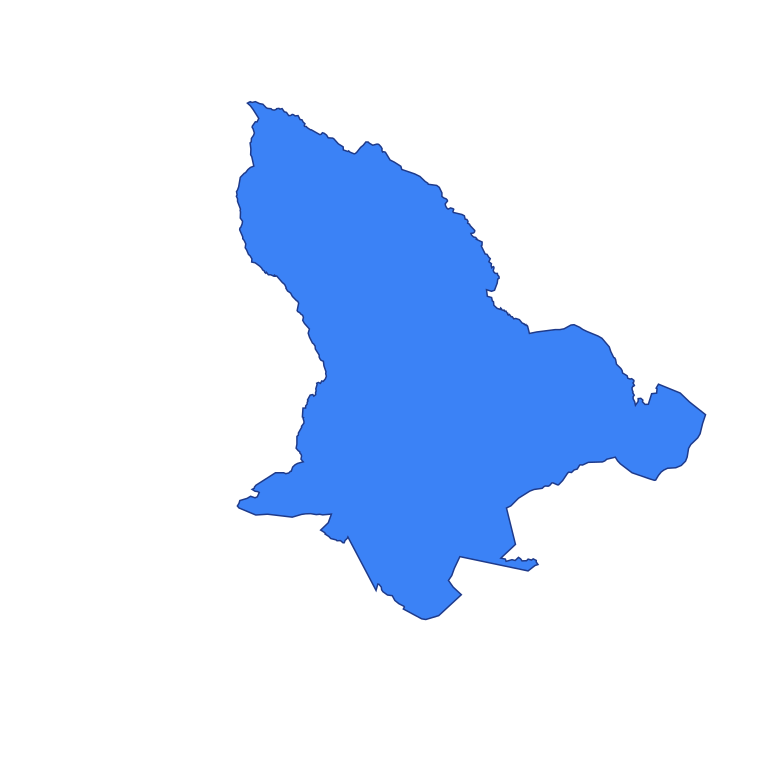 San Gabriel Chilac, Puebla, Mexico (Natural Earth projection), rotated 129°
{"feature_id": "50627088B95870505229303", "entity_name": "San Gabriel Chilac", "entity_type": "district", "adm_level": 2, "iso_a3": "MEX", "parent_name": "Mexico", "parent_adm1": "Puebla", "projection": "natural_earth1", "projection_center": [-97.386, 18.312], "detail": "fine", "context": "isolated", "style": "filled", "palette": "blue", "viewbox_px": 768, "rotation_deg": 129, "n_neighbors": 0, "source": "geoboundaries", "source_scale": "gbopen_adm2", "svg_char_len": 6171}
<svg xmlns="http://www.w3.org/2000/svg" viewBox="0 0 768 768"><g transform="rotate(129 384 384)"><path d="M529.6,195.7L499.1,191.3L498.3,202.5L496.1,210.3L490.2,210.8L483.1,213.3L470.4,216.4L438.6,154.4L430.0,152.4L427.4,150.7L426.5,153.7L425.3,154.6L426.0,158.0L428.0,158.6L429.4,161.8L431.6,162.0L434.6,165.4L433.9,167.9L434.1,170.4L438.6,171.0L440.0,174.0L445.0,177.5L443.7,179.5L445.8,183.6L425.9,180.9L403.3,210.8L398.8,208.7L388.1,207.6L375.5,203.3L371.5,201.0L365.5,195.4L363.1,195.1L361.7,194.4L360.1,192.1L358.7,191.4L355.3,191.3L354.5,190.5L353.2,185.7L352.5,184.9L346.5,184.4L337.7,185.2L336.2,184.9L334.8,182.6L331.0,182.1L328.5,180.3L323.9,180.9L323.2,180.5L322.0,178.7L316.3,175.9L307.1,165.2L304.8,164.0L302.2,163.5L295.3,158.2L296.7,154.2L297.3,150.1L296.9,135.4L290.6,118.0L288.7,113.3L287.7,112.4L282.3,113.2L277.9,113.2L274.8,112.4L271.0,110.6L265.4,104.5L260.2,101.7L254.2,101.1L250.0,102.4L242.3,106.8L237.9,107.5L228.5,106.3L223.8,107.0L214.3,111.5L205.5,114.8L205.7,135.4L204.6,148.1L211.4,170.6L216.0,169.9L215.9,168.8L219.5,166.4L223.1,169.9L233.4,165.8L235.6,168.3L235.2,171.9L233.6,172.7L233.5,175.4L235.4,177.3L237.6,175.5L242.3,175.2L240.1,177.9L238.7,181.1L237.1,182.4L235.2,182.5L234.3,185.2L233.5,185.4L232.3,187.5L230.8,188.9L228.8,189.1L228.6,188.6L227.5,188.5L226.5,191.2L225.1,191.2L223.9,192.1L224.0,194.9L225.3,195.9L226.1,198.2L224.6,200.2L225.3,205.5L223.7,207.4L222.9,209.6L222.3,215.8L219.2,219.5L218.5,221.2L218.9,222.1L216.1,228.1L213.4,232.3L211.3,243.4L212.0,247.8L215.5,259.5L216.5,263.8L216.8,267.7L218.3,273.6L220.5,275.8L227.8,278.8L231.1,281.6L233.9,285.1L247.5,298.1L253.2,302.8L248.7,308.8L248.5,309.8L249.0,310.2L248.5,311.2L249.1,311.4L249.4,312.5L249.0,313.0L249.7,315.0L248.8,319.3L250.1,322.8L251.7,324.2L251.0,326.6L251.7,327.4L251.0,330.3L252.1,330.7L252.2,331.5L251.1,332.3L251.3,333.4L250.6,335.1L251.4,335.8L251.0,337.3L251.7,337.5L252.3,339.6L251.7,339.9L251.5,341.2L253.0,340.9L254.0,343.6L253.7,348.1L251.1,350.8L251.3,352.0L249.1,354.8L250.8,358.9L246.2,363.7L244.3,358.8L241.6,357.1L234.4,359.5L230.9,361.6L229.3,361.1L228.1,362.3L227.7,364.4L226.7,365.5L228.0,367.1L227.8,369.3L227.1,370.5L224.5,371.6L223.9,372.5L224.0,373.0L225.9,373.4L224.5,375.3L222.9,376.2L223.0,379.4L219.7,380.3L219.5,382.5L218.4,385.5L219.3,387.2L215.5,395.3L214.4,395.2L211.9,397.1L213.4,403.2L212.8,403.1L212.4,405.0L213.4,407.0L213.2,409.5L212.3,411.2L210.2,409.4L208.7,409.4L207.6,410.1L206.7,416.6L206.0,418.2L206.4,420.2L204.7,421.1L204.0,423.1L204.8,424.7L202.7,427.4L203.2,430.1L207.0,438.0L206.7,438.9L204.3,439.8L204.3,440.7L205.3,443.1L207.7,444.2L207.8,445.6L206.9,448.1L205.5,449.8L201.8,449.8L201.2,450.7L201.0,452.2L201.8,454.8L201.8,457.0L199.0,459.3L196.4,464.8L196.5,468.0L200.9,475.3L200.4,476.3L200.7,479.6L200.1,486.7L201.4,492.4L206.1,505.2L204.2,507.9L205.1,515.7L206.1,520.3L203.0,528.8L203.7,530.5L204.6,531.1L203.8,532.6L202.3,533.6L201.5,535.7L201.1,538.6L201.4,539.7L202.3,540.7L205.5,543.0L206.1,547.0L205.9,548.5L207.3,550.4L211.5,550.4L214.8,551.1L220.7,551.0L222.8,551.3L223.9,552.0L225.2,556.2L225.1,558.2L226.0,558.3L227.7,562.9L225.4,565.0L226.1,570.6L225.0,577.3L225.2,578.6L227.8,582.3L226.7,585.3L226.8,588.3L227.5,590.0L229.5,590.0L230.6,590.8L232.2,600.5L232.7,601.0L233.1,605.1L232.8,606.4L233.8,607.9L233.1,608.8L231.5,609.2L231.3,611.8L230.3,614.0L231.3,615.6L229.5,619.7L231.6,621.8L231.7,623.9L232.3,625.0L234.1,625.5L235.4,627.0L234.3,630.7L235.2,632.8L234.1,636.5L235.9,637.9L235.9,639.1L237.6,640.7L238.4,640.6L240.3,641.7L241.3,643.7L241.1,645.0L243.1,648.0L243.4,649.5L242.8,654.2L244.4,657.2L245.5,661.6L248.2,663.7L248.7,665.4L249.3,665.4L249.4,666.0L251.7,666.9L251.9,662.9L253.1,658.3L256.4,648.5L260.2,647.6L261.2,649.0L266.6,648.6L267.6,647.9L268.0,646.5L270.5,642.7L272.8,641.9L276.6,641.6L279.3,639.6L280.9,639.8L285.2,635.3L289.8,631.9L290.6,629.8L296.6,622.3L299.8,624.1L303.0,624.7L306.9,624.6L308.1,625.2L313.9,625.7L322.3,621.0L325.9,619.8L327.2,619.8L329.5,617.2L331.0,616.9L332.2,614.4L334.3,612.7L338.4,605.6L339.6,605.1L340.6,603.8L345.5,600.1L346.5,596.4L348.8,595.0L352.5,593.9L353.5,594.1L355.0,593.2L358.6,586.3L360.0,585.2L360.4,583.1L362.1,579.6L365.5,577.6L366.2,575.3L368.6,570.8L368.6,568.9L369.9,565.4L372.5,563.6L370.9,560.4L370.6,554.8L370.9,552.1L371.7,550.1L371.5,548.1L372.3,546.9L372.3,545.6L371.2,545.7L371.9,542.6L370.4,540.8L369.5,537.3L369.1,536.8L368.9,537.8L368.3,537.7L368.3,536.1L367.6,535.3L369.2,526.4L369.0,525.5L369.4,523.3L370.8,520.6L371.3,520.5L372.4,517.5L372.1,513.8L373.6,510.3L374.3,504.4L374.0,503.2L374.9,501.2L381.6,497.7L382.0,496.6L381.6,494.2L382.0,492.7L381.8,490.5L382.9,488.6L385.7,487.2L387.0,483.9L388.2,476.6L392.2,474.9L394.6,471.2L397.2,465.4L397.1,464.0L397.9,461.4L400.0,459.4L402.3,452.6L403.9,451.3L404.7,449.7L405.2,447.9L404.5,445.4L407.7,442.1L411.0,436.8L412.7,435.8L414.2,433.7L416.9,432.8L420.2,432.9L420.8,434.3L423.5,433.8L424.1,436.0L425.8,436.8L426.5,435.7L430.6,434.0L432.2,432.3L433.6,431.9L435.3,430.4L437.6,430.9L437.0,432.7L439.1,434.4L444.6,433.4L445.0,432.4L446.5,432.2L448.0,431.1L450.3,431.1L452.0,429.8L453.7,431.8L461.0,426.7L460.8,425.3L461.7,425.2L463.4,422.7L464.9,421.6L468.8,421.5L469.3,420.8L475.9,419.7L477.6,418.4L479.5,418.7L485.6,413.8L489.2,411.9L489.8,408.8L489.7,406.8L490.6,405.8L490.9,404.0L491.9,402.7L494.7,401.2L495.3,397.8L500.1,401.2L502.8,402.3L506.0,402.7L510.2,401.2L510.8,401.8L513.1,402.0L515.5,403.9L516.1,406.1L521.3,412.5L543.2,419.8L545.7,419.8L546.7,419.2L548.9,420.2L548.5,416.7L547.2,414.6L546.8,412.7L551.4,411.5L553.6,412.6L555.2,417.0L559.0,418.4L565.3,422.7L568.0,421.6L571.1,421.2L571.6,418.6L566.5,401.2L558.5,392.6L545.2,371.5L537.2,366.0L534.2,363.2L530.9,359.4L528.1,354.4L525.7,352.0L524.3,349.3L518.2,343.0L526.9,340.0L537.4,341.3L536.9,337.5L537.0,335.4L537.7,335.3L537.2,330.9L537.6,328.1L535.3,323.1L535.4,321.9L533.1,319.3L533.2,315.9L532.4,315.0L530.1,315.8L527.1,315.4L525.6,315.8L549.4,260.3L543.3,262.9L542.8,261.8L543.6,258.2L545.4,256.4L546.1,254.1L545.8,248.5L543.3,244.4L545.4,239.3L545.4,234.2L544.2,228.7L544.5,227.8L546.7,227.4L542.8,206.9L540.7,203.3L529.6,195.7Z" fill="#3b82f6" stroke="#1e3a8a" stroke-width="1.5"/></g></svg>